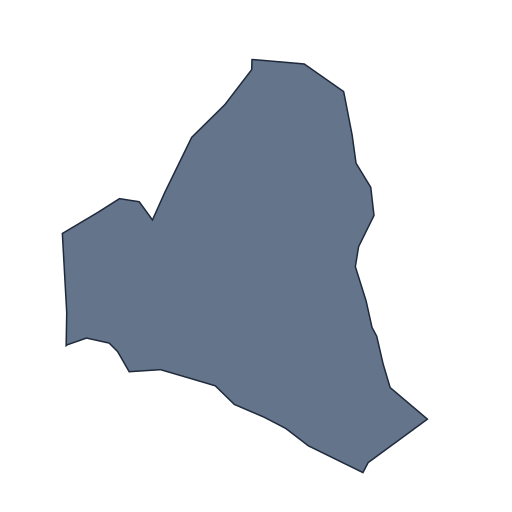 map outline of Berane (Albers equal-area conic projection), rotated 99°
{"feature_id": "MNE-1509", "entity_name": "Berane", "entity_type": "Municipality", "adm_level": 1, "iso_a3": "MNE", "parent_name": "Montenegro", "parent_adm1": "", "projection": "albers", "projection_center": [19.918, 42.855], "detail": "fine", "context": "isolated", "style": "filled", "palette": "slate", "viewbox_px": 512, "rotation_deg": 99, "n_neighbors": 0, "source": "natural_earth", "source_scale": "10m", "svg_char_len": 702}
<svg xmlns="http://www.w3.org/2000/svg" viewBox="0 0 512 512"><g transform="rotate(99 256 256)"><path d="M390.2,363.1L372.1,377.7L365.0,387.4L363.6,410.7L373.4,428.8L374.2,429.5L341.5,434.1L264.0,450.8L263.7,450.4L238.3,419.8L220.7,399.8L220.7,379.8L236.6,363.9L207.0,355.9L148.9,338.1L111.3,310.4L72.6,289.4L62.6,290.7L62.3,288.0L58.8,238.4L65.6,224.5L79.9,195.2L82.7,194.1L121.4,180.0L148.7,171.7L170.2,153.4L197.5,145.8L230.6,156.1L251.0,156.2L283.2,140.2L308.5,130.2L316.4,124.2L342.9,113.5L365.0,102.9L390.3,61.2L442.5,112.9L453.2,116.5L435.3,174.6L421.7,199.6L414.0,222.6L406.0,254.2L390.6,275.9L383.2,332.5L390.0,362.6L390.2,363.1Z" fill="#64748b" stroke="#1e293b" stroke-width="1.5"/></g></svg>